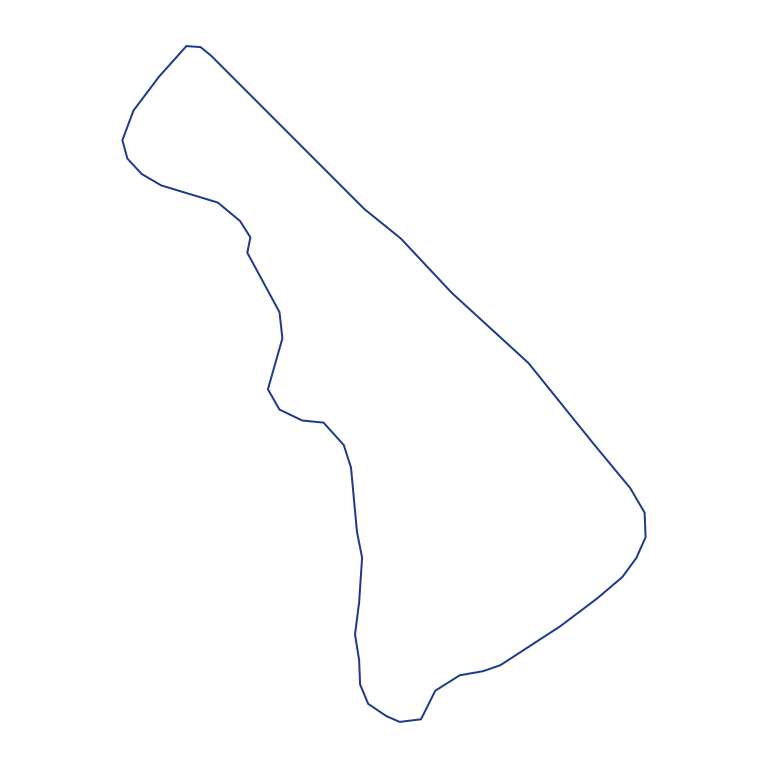 outline of Elobey Chico, Equatorial Guinea
{"feature_id": "11065452B42024070816207", "entity_name": "Elobey Chico", "entity_type": "district", "adm_level": 2, "iso_a3": "GNQ", "parent_name": "Equatorial Guinea", "parent_adm1": "", "projection": "albers", "projection_center": [9.518, 1.0], "detail": "fine", "context": "isolated", "style": "outline", "palette": "blue", "viewbox_px": 768, "rotation_deg": 0, "n_neighbors": 0, "source": "geoboundaries", "source_scale": "gbopen_adm2", "svg_char_len": 710}
<svg xmlns="http://www.w3.org/2000/svg" viewBox="0 0 768 768"><path d="M200.6,47.1L186.4,46.1L158.9,76.8L133.5,110.5L122.4,140.2L127.4,158.6L141.7,174.0L161.1,185.4L185.2,192.7L217.9,202.6L240.1,221.1L250.4,237.4L247.3,252.7L279.5,312.2L282.4,338.4L267.9,389.3L279.5,409.6L302.2,420.5L323.5,422.6L343.8,445.1L351.0,467.6L357.0,532.1L362.1,557.6L359.1,602.7L355.0,634.4L359.1,659.9L360.1,684.5L368.2,703.9L386.5,716.2L399.7,721.9L421.0,719.3L435.3,690.7L459.7,675.3L483.0,671.2L500.5,665.1L560.3,626.2L596.9,598.6L622.3,577.1L636.5,557.7L645.6,537.2L644.6,512.7L630.3,488.2L592.9,443.0L528.3,362.9L451.6,292.7L400.8,238.5L364.4,209.1L211.0,55.6L200.6,47.1Z" fill="none" stroke="#1e3a8a" stroke-width="2"/></svg>